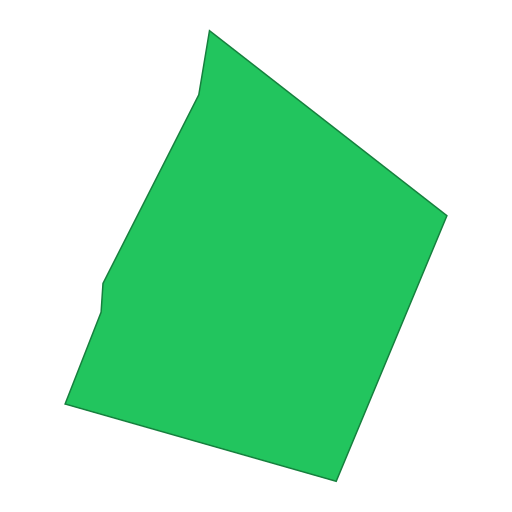 map outline of Bacolod (Natural Earth projection)
{"feature_id": "PHL-5525", "entity_name": "Bacolod", "entity_type": "Highly Urbanized City", "adm_level": 1, "iso_a3": "PHL", "parent_name": "Philippines", "parent_adm1": "", "projection": "natural_earth1", "projection_center": [122.969, 10.668], "detail": "fine", "context": "isolated", "style": "filled", "palette": "green", "viewbox_px": 512, "rotation_deg": 0, "n_neighbors": 0, "source": "natural_earth", "source_scale": "10m", "svg_char_len": 224}
<svg xmlns="http://www.w3.org/2000/svg" viewBox="0 0 512 512"><path d="M65.1,404.0L101.1,312.2L103.0,283.4L198.8,94.8L209.5,30.7L446.9,215.7L336.2,481.3L65.1,404.0Z" fill="#22c55e" stroke="#15803d" stroke-width="1.5"/></svg>